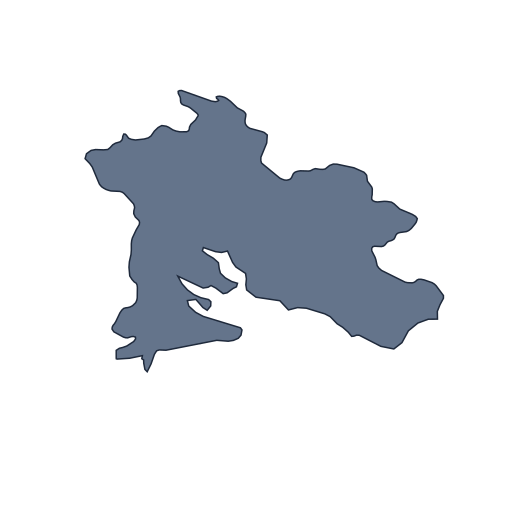 SVG path tracing the border of Sligo, rotated 197°
{"feature_id": "IRL-728", "entity_name": "Sligo", "entity_type": "County", "adm_level": 1, "iso_a3": "IRL", "parent_name": "Ireland", "parent_adm1": "", "projection": "robinson", "projection_center": [-8.586, 54.193], "detail": "fine", "context": "isolated", "style": "filled", "palette": "slate", "viewbox_px": 512, "rotation_deg": 197, "n_neighbors": 0, "source": "natural_earth", "source_scale": "10m", "svg_char_len": 4061}
<svg xmlns="http://www.w3.org/2000/svg" viewBox="0 0 512 512"><g transform="rotate(197 256 256)"><path d="M64.4,270.3L65.8,263.2L66.4,256.1L64.0,248.7L72.8,245.9L81.6,239.2L88.4,229.0L91.1,215.8L97.0,207.4L110.2,206.1L134.0,210.4L136.7,209.7L138.9,208.0L141.0,207.1L145.5,210.1L152.3,213.2L158.6,214.9L167.3,219.7L173.3,220.8L192.6,220.8L201.2,218.8L209.2,213.9L220.1,220.2L244.0,216.6L255.0,220.8L257.3,225.5L258.5,231.3L260.9,236.3L272.0,239.6L276.5,243.0L284.7,252.4L290.0,249.3L296.0,248.3L308.8,248.7L308.8,245.3L303.2,243.1L296.1,241.4L290.0,238.6L287.4,233.0L284.9,229.1L279.0,226.1L271.8,224.5L265.7,224.5L265.7,220.8L268.4,218.3L272.9,212.3L276.4,210.4L285.1,213.6L290.4,214.6L292.7,212.1L297.2,209.9L324.9,213.9L318.7,207.8L311.6,203.5L304.1,200.9L296.6,200.0L288.6,200.5L285.8,199.1L284.7,195.0L286.8,189.8L291.7,191.2L300.8,196.9L308.6,193.3L305.7,188.5L297.3,184.5L288.8,182.8L249.9,182.8L247.8,181.2L247.2,175.9L248.9,172.1L252.9,168.7L257.6,166.4L268.9,163.9L314.5,139.6L321.0,137.9L323.3,136.3L324.4,132.3L324.8,122.2L326.2,113.5L329.1,115.1L332.0,120.6L333.1,123.8L334.7,124.2L335.2,124.4L335.5,127.5L346.9,121.3L358.5,116.9L359.5,116.8L359.8,117.4L362.1,124.9L359.7,127.8L356.8,129.5L353.3,132.1L348.0,138.4L346.9,141.5L347.6,143.2L349.8,143.2L351.7,142.4L354.8,140.2L356.8,139.7L359.1,139.7L369.7,141.9L372.3,144.0L372.7,146.0L372.4,147.9L371.6,149.7L370.9,152.3L369.5,161.8L368.5,165.0L367.2,167.2L365.5,168.3L363.5,169.2L361.4,170.5L359.5,172.4L357.4,176.2L357.1,178.9L357.3,181.1L360.3,191.4L361.2,193.4L362.5,194.9L364.9,195.6L367.7,197.3L370.9,200.0L374.2,208.1L375.4,213.4L376.0,221.0L377.0,225.4L378.8,231.2L379.4,234.4L379.5,237.1L378.2,246.1L376.8,252.0L377.2,254.2L378.3,255.7L382.8,258.0L385.3,260.7L386.0,263.4L386.2,266.7L387.1,268.5L388.4,270.1L400.4,277.2L402.4,277.9L404.9,278.0L413.7,275.8L416.2,275.7L418.9,275.8L421.4,276.3L423.7,277.0L425.4,278.0L426.9,279.1L438.6,293.2L442.0,295.8L447.9,299.1L448.0,304.2L446.1,306.8L444.5,308.8L440.5,310.9L432.9,312.9L428.9,314.5L427.3,316.8L425.5,320.5L423.4,322.8L419.4,325.4L418.2,327.4L418.0,329.4L418.4,331.4L418.1,334.0L416.6,334.3L415.3,333.7L412.3,331.4L409.4,331.1L405.2,331.7L397.1,335.2L393.5,337.5L391.5,340.1L389.7,345.7L387.2,350.2L385.4,352.1L384.2,353.2L379.8,353.9L377.2,353.6L372.4,352.3L369.0,352.1L365.2,352.5L358.7,354.5L357.1,356.0L356.9,357.7L357.3,359.9L356.8,362.8L353.6,368.4L353.0,370.9L352.4,372.9L352.5,373.8L353.0,374.4L354.4,375.3L362.4,378.5L364.6,379.0L369.5,379.2L371.5,379.7L372.8,380.8L373.6,382.4L374.2,384.3L375.1,385.9L377.8,388.7L378.6,390.7L377.5,391.8L375.6,392.5L343.9,391.1L339.9,391.7L338.0,392.8L337.2,393.9L338.4,394.8L339.7,395.1L340.5,396.5L339.4,397.4L337.5,398.2L335.1,398.5L332.5,398.5L330.0,398.0L325.7,396.5L317.2,392.2L310.3,390.8L308.6,389.9L307.2,388.7L306.7,386.7L306.2,382.7L305.6,380.8L304.8,379.3L303.3,377.9L301.6,377.0L299.3,376.3L286.2,376.7L284.1,376.5L280.6,375.0L278.8,367.2L280.2,351.9L279.3,348.7L277.9,346.5L256.2,337.5L253.6,337.1L250.9,337.0L248.8,337.5L247.0,338.5L245.6,339.7L244.9,341.5L244.4,345.4L243.6,347.1L242.2,348.4L240.6,349.4L238.6,350.4L230.3,352.7L228.8,353.5L226.7,355.6L224.8,356.9L220.2,357.6L217.3,358.4L215.2,359.5L212.1,364.1L209.0,366.5L205.3,367.5L188.1,369.0L177.3,367.7L175.3,366.6L173.8,365.5L171.3,360.1L165.5,355.8L164.7,354.7L164.3,353.9L162.8,348.5L162.6,346.4L161.9,344.0L160.2,343.0L157.9,342.8L155.6,343.2L149.3,345.8L146.5,346.5L142.2,347.1L139.3,346.3L132.2,342.9L118.7,341.5L114.9,340.5L112.7,338.9L112.6,337.0L112.7,335.0L113.3,333.1L115.5,327.8L117.0,325.5L118.0,324.4L119.3,323.3L124.9,320.7L126.6,319.7L127.8,318.3L128.4,316.6L128.5,314.7L128.9,312.7L130.0,311.3L131.4,310.1L133.2,309.0L134.5,307.7L136.0,304.1L137.1,302.7L138.8,301.7L145.5,300.0L147.1,298.9L147.6,297.1L146.8,294.8L141.8,289.6L140.3,287.5L137.3,282.2L135.0,280.4L131.7,278.9L105.8,274.6L103.3,274.8L98.7,276.0L97.0,277.1L95.9,278.5L95.0,280.1L93.6,281.3L91.4,282.0L88.3,282.3L79.9,282.0L77.2,281.3L75.0,280.2L65.2,273.0L64.4,270.4L64.4,270.3Z" fill="#64748b" stroke="#1e293b" stroke-width="1.5"/></g></svg>